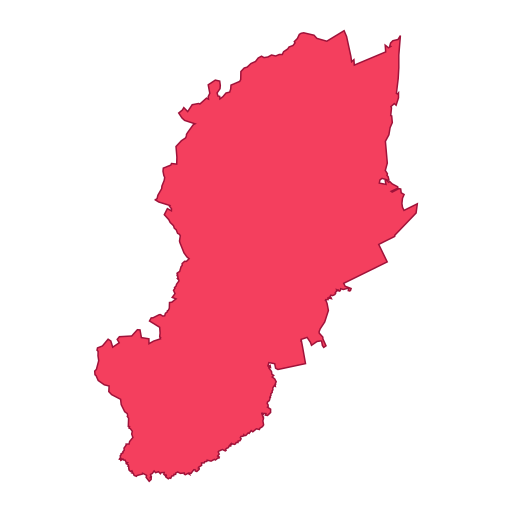 Rudbāržu pag., Skrundas, Latvia (Mercator projection)
{"feature_id": "27541924B63960792537365", "entity_name": "Rudbāržu pag.", "entity_type": "district", "adm_level": 2, "iso_a3": "LVA", "parent_name": "Latvia", "parent_adm1": "Skrundas", "projection": "mercator", "projection_center": [21.868, 56.65], "detail": "fine", "context": "isolated", "style": "filled", "palette": "rose", "viewbox_px": 512, "rotation_deg": 0, "n_neighbors": 0, "source": "geoboundaries", "source_scale": "gbopen_adm2", "svg_char_len": 6054}
<svg xmlns="http://www.w3.org/2000/svg" viewBox="0 0 512 512"><path d="M176.0,146.5L176.9,157.3L176.7,164.1L171.5,163.5L170.8,165.1L163.3,168.1L163.0,171.2L163.8,175.4L164.7,177.4L164.2,180.4L161.9,186.1L161.7,188.6L157.9,195.2L157.1,198.6L155.7,199.7L154.7,199.5L158.7,202.0L169.9,205.5L169.4,206.1L171.5,208.8L171.4,210.8L167.4,208.6L164.3,214.7L168.8,219.7L170.2,222.5L173.5,225.7L174.3,228.2L176.2,229.8L177.6,233.3L179.4,234.3L180.3,235.8L179.5,241.0L179.9,242.6L184.0,252.9L186.9,256.9L189.1,258.7L186.4,261.4L184.6,261.3L182.1,263.6L182.2,265.4L181.1,266.6L179.7,271.4L177.3,273.0L177.5,273.9L177.1,274.0L177.5,274.8L177.1,275.5L177.9,276.1L177.6,276.5L178.0,277.5L177.4,278.4L178.2,278.6L178.0,279.3L178.8,279.9L178.9,281.0L176.5,284.3L176.1,286.0L174.5,287.6L174.9,288.4L173.5,290.3L175.0,293.6L172.2,297.4L176.0,298.9L171.8,302.2L169.5,302.5L169.3,308.3L168.2,310.5L167.4,310.8L167.2,312.0L165.4,313.3L164.7,315.8L162.7,316.1L160.5,314.6L159.2,314.7L153.0,317.8L151.2,317.9L149.5,321.0L159.7,327.3L160.1,333.1L159.7,336.5L160.5,337.5L160.0,337.8L160.5,338.8L153.6,341.1L149.0,343.7L148.9,338.8L141.4,337.6L140.0,329.9L137.4,329.7L131.7,336.0L119.4,336.7L117.2,339.4L119.2,342.8L112.7,347.2L110.8,341.0L108.1,339.2L102.4,346.0L97.5,347.9L97.0,350.2L98.1,351.3L98.0,355.8L98.7,360.7L96.4,369.4L94.7,371.1L95.0,374.8L96.0,375.5L98.2,380.5L104.3,384.8L109.1,386.0L108.8,391.6L111.6,394.6L120.6,399.3L121.2,404.6L124.7,411.7L127.3,413.6L127.7,415.9L127.3,416.4L128.6,418.2L128.3,426.4L129.5,426.6L129.0,428.0L130.3,428.6L132.3,431.3L131.7,434.0L132.9,437.5L129.6,441.5L129.1,444.0L126.1,444.1L126.1,445.2L124.0,448.1L124.2,450.3L122.9,451.6L123.0,452.7L121.0,453.9L121.2,454.7L120.2,455.8L120.7,458.3L119.7,458.4L119.4,459.2L120.5,459.3L120.8,460.4L122.1,459.7L122.0,459.0L123.3,459.2L123.8,460.1L125.2,460.2L126.1,462.4L127.4,462.6L126.3,463.7L128.4,464.9L128.4,466.0L128.0,466.2L128.8,466.9L128.7,468.5L129.2,469.2L128.9,469.8L130.5,471.5L131.9,470.8L132.4,471.9L131.8,472.9L133.3,473.3L134.1,475.4L136.4,476.3L137.0,475.5L142.6,474.0L142.6,473.3L143.5,473.6L146.6,475.4L146.1,477.3L149.2,481.3L151.1,479.5L151.3,477.0L150.4,477.3L151.0,475.8L150.5,474.4L152.3,473.5L154.1,471.0L155.6,472.7L158.5,471.7L160.4,473.7L161.1,472.6L164.2,472.5L163.8,474.3L165.1,475.4L165.9,474.8L166.3,475.7L165.6,476.2L165.7,476.8L168.3,478.8L169.6,477.9L170.7,478.3L171.8,476.0L173.7,475.7L173.9,474.4L175.6,474.4L175.7,473.1L177.7,472.0L180.4,473.4L184.2,473.0L184.4,474.3L185.4,474.7L187.9,473.4L189.7,474.4L189.2,473.1L191.1,473.3L193.8,469.7L195.0,469.7L195.3,471.0L196.8,471.5L199.1,469.4L199.2,468.4L198.3,468.0L198.6,467.2L201.6,465.4L201.5,463.0L204.2,462.9L204.6,461.8L206.8,461.4L207.1,460.2L211.1,461.1L214.3,459.4L215.4,460.0L218.1,457.9L218.9,458.1L219.3,457.1L217.6,456.0L219.2,454.1L218.2,451.9L218.9,451.1L222.4,449.5L225.3,450.9L226.0,450.4L225.5,449.8L226.3,448.5L228.4,447.6L229.3,445.8L230.5,446.0L230.2,444.6L231.2,443.6L231.5,444.6L232.5,443.8L234.4,444.4L235.5,443.9L236.2,442.5L238.0,442.5L238.1,441.1L240.0,440.7L241.1,438.8L240.3,437.7L241.0,436.4L242.9,436.3L243.8,434.8L244.2,435.7L245.9,435.4L248.2,432.9L249.1,433.4L251.2,430.6L252.8,431.8L256.4,428.8L259.4,429.5L259.8,428.3L262.5,426.6L263.6,424.9L262.9,420.9L263.5,418.4L263.1,417.5L263.9,416.6L263.0,417.1L261.8,413.3L262.4,413.2L263.2,414.4L263.8,413.4L265.9,413.6L265.4,415.1L267.5,415.5L270.6,412.5L270.6,409.2L267.5,407.1L268.2,406.3L268.0,404.6L267.2,403.7L267.5,402.0L269.3,400.6L269.9,398.6L269.8,397.5L270.4,397.4L270.2,396.4L271.0,395.3L270.8,393.8L272.2,392.4L272.1,390.9L272.9,389.9L272.8,387.8L274.2,385.8L275.3,386.3L275.0,384.4L275.6,384.2L275.5,383.1L276.2,381.8L274.7,378.9L272.2,377.0L273.7,375.4L271.9,374.3L271.5,371.5L268.8,367.8L269.0,367.2L270.5,367.5L270.1,365.4L268.7,366.3L267.9,365.9L268.9,362.6L274.7,363.7L275.6,368.2L277.9,369.5L305.5,363.6L302.6,347.2L301.4,340.8L301.0,340.9L301.1,339.4L307.1,337.4L310.4,342.3L311.5,345.3L317.0,341.5L320.6,340.9L321.6,341.2L322.4,345.5L323.7,347.4L326.0,345.8L322.9,338.9L322.8,337.1L319.2,333.1L319.1,331.7L320.2,328.8L324.7,322.0L328.4,310.5L327.1,303.6L326.0,300.7L325.4,300.3L325.7,299.6L328.1,299.6L327.9,298.1L329.4,298.3L329.0,296.7L329.6,298.0L331.4,298.6L330.9,297.4L329.8,297.0L330.8,295.2L332.6,295.6L334.7,294.6L335.6,293.4L335.3,292.6L336.7,291.1L336.5,289.7L337.7,290.5L338.2,289.3L338.2,290.7L339.7,291.1L340.4,290.2L340.7,288.7L343.3,289.5L347.7,288.3L348.6,288.9L348.3,290.6L349.8,291.0L350.6,290.2L351.1,288.5L345.1,286.2L343.7,283.3L387.2,261.9L378.7,244.4L394.7,236.4L394.8,235.2L416.1,213.0L417.3,203.8L404.0,210.4L402.5,207.3L401.9,203.5L402.5,198.2L404.1,194.5L401.2,192.8L400.7,189.0L398.9,188.6L392.2,192.1L391.1,191.3L397.2,188.5L397.8,187.7L397.7,186.8L392.2,183.9L389.7,181.5L388.7,182.3L386.1,179.9L385.2,180.6L386.0,184.4L379.3,183.1L379.9,180.0L382.0,178.4L387.0,179.8L387.6,180.8L388.9,179.9L388.1,176.6L387.0,175.5L387.4,173.7L385.3,170.5L387.3,163.1L385.4,141.3L388.9,134.8L390.1,127.6L392.3,122.6L391.7,115.9L390.7,115.6L391.5,107.9L390.9,106.6L394.3,103.6L396.1,105.2L398.5,97.8L398.5,92.9L397.6,94.0L396.4,93.4L398.2,78.5L398.8,67.7L398.8,55.1L400.4,35.6L398.0,39.5L392.9,40.7L390.6,43.0L389.8,45.9L390.8,46.4L388.5,47.8L385.2,45.2L385.7,51.9L354.3,65.1L353.9,59.7L351.6,61.7L350.9,56.5L346.6,36.6L344.1,30.7L326.8,41.2L316.9,38.4L314.0,35.2L303.7,32.8L301.1,33.3L299.3,34.4L297.4,38.5L294.3,41.6L295.0,42.9L293.0,45.5L289.0,47.0L287.8,48.9L283.6,51.7L282.3,54.5L279.2,54.5L275.7,56.0L271.5,55.0L267.9,57.0L264.0,57.6L261.5,56.2L258.2,58.0L255.5,61.5L251.0,63.5L247.2,67.1L244.2,68.0L240.9,71.5L240.7,79.6L239.7,81.4L231.0,85.1L230.7,89.0L229.7,92.1L226.0,93.0L222.9,96.7L219.9,98.9L219.7,96.4L217.9,96.0L217.1,92.9L220.0,88.7L220.3,85.5L219.7,81.1L215.3,80.1L208.2,84.8L209.8,93.3L208.2,96.6L208.5,99.1L206.5,98.1L199.9,104.0L198.6,103.5L192.2,104.7L187.7,111.6L183.8,107.6L182.4,110.0L178.7,113.0L182.0,118.0L184.6,120.4L195.0,123.8L193.3,124.7L188.2,131.7L186.5,134.3L186.4,135.9L185.6,137.9L181.4,140.7L176.0,146.5Z" fill="#f43f5e" stroke="#9f1239" stroke-width="1.5"/></svg>